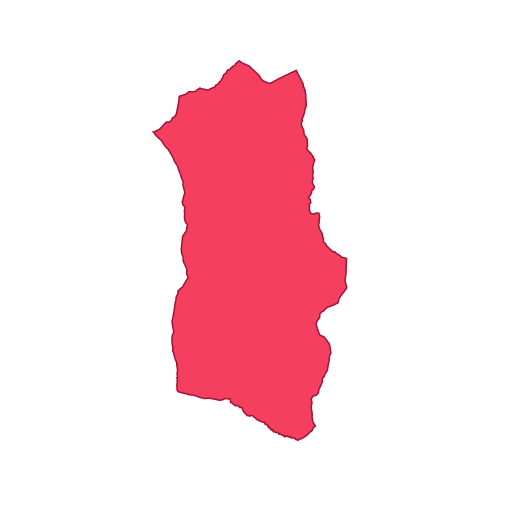 outline of Sadova, Suceava, Romania, rotated 233°
{"feature_id": "2599482B46935442887151", "entity_name": "Sadova", "entity_type": "district", "adm_level": 2, "iso_a3": "ROU", "parent_name": "Romania", "parent_adm1": "Suceava", "projection": "natural_earth1", "projection_center": [25.431, 47.58], "detail": "fine", "context": "isolated", "style": "filled", "palette": "rose", "viewbox_px": 512, "rotation_deg": 233, "n_neighbors": 0, "source": "geoboundaries", "source_scale": "gbopen_adm2", "svg_char_len": 6090}
<svg xmlns="http://www.w3.org/2000/svg" viewBox="0 0 512 512"><g transform="rotate(233 256 256)"><path d="M416.9,248.7L415.5,249.0L415.0,248.7L414.1,248.6L413.1,248.6L404.4,250.0L402.0,249.6L398.9,249.5L395.8,249.7L394.4,250.1L386.1,249.2L383.5,248.7L380.5,247.8L375.3,247.5L370.8,245.9L368.7,245.4L365.6,244.4L363.6,243.5L359.7,242.7L357.6,241.3L356.5,240.2L349.6,237.5L345.6,232.2L344.1,231.0L344.1,230.0L341.7,228.7L340.2,228.4L338.5,228.6L337.1,228.0L335.8,227.0L335.3,225.9L333.3,224.9L331.5,223.5L329.3,221.6L325.5,220.0L322.2,220.0L321.5,219.5L320.6,218.0L318.2,215.9L316.0,209.6L313.4,206.9L306.3,200.3L302.4,198.0L299.4,197.3L295.3,194.6L286.7,192.8L284.5,190.6L283.0,189.7L280.0,189.0L279.0,187.8L278.8,186.6L276.9,181.7L275.8,179.9L275.5,178.4L275.2,173.0L274.5,172.2L273.0,171.2L271.3,167.5L268.7,165.4L268.0,164.1L261.3,157.4L256.9,152.7L254.9,150.1L253.0,148.8L251.0,147.7L245.1,144.8L244.2,143.9L243.6,142.3L242.6,140.9L238.1,137.2L234.9,135.4L232.5,134.3L230.2,132.2L228.6,132.0L221.7,129.2L218.8,128.6L216.3,126.9L213.4,125.5L211.8,124.4L208.8,121.5L207.4,121.3L206.6,120.5L206.5,119.4L205.5,119.3L204.5,118.9L204.3,118.2L201.7,116.4L200.9,115.4L199.1,114.1L196.2,112.2L194.5,112.2L192.3,113.7L190.0,115.7L189.0,116.3L188.5,117.1L187.9,117.6L186.7,118.1L185.1,119.5L183.2,121.6L181.6,123.0L177.5,125.7L176.9,126.0L173.4,128.9L172.8,129.5L171.2,132.5L165.6,137.7L163.8,139.0L162.2,140.9L161.8,141.7L161.4,142.8L161.0,143.4L161.1,144.1L160.8,144.7L160.5,145.9L158.5,147.8L157.5,149.5L154.3,147.5L153.8,148.1L153.1,148.2L152.8,148.5L150.6,148.7L150.0,149.2L149.0,149.3L148.9,149.7L148.2,150.1L148.0,150.4L147.7,151.4L147.1,151.7L145.9,151.7L145.2,152.3L144.9,152.1L144.9,151.9L144.6,151.9L144.2,152.7L143.8,153.0L143.5,153.4L141.6,153.1L141.1,152.8L140.4,152.6L138.0,152.3L137.5,152.5L136.1,152.7L135.7,153.0L135.1,152.9L134.5,153.0L133.9,152.8L133.5,153.6L132.6,154.0L132.0,154.6L131.3,156.4L130.4,157.2L129.9,157.4L128.8,157.3L127.0,158.1L126.2,158.0L125.0,158.2L124.3,158.8L123.8,158.8L123.2,159.3L122.3,159.5L121.3,160.2L120.8,160.4L120.1,161.0L119.5,161.2L119.3,161.7L118.8,161.9L118.4,162.6L117.9,162.7L117.4,162.4L116.9,162.5L116.5,162.1L116.3,162.0L115.4,162.3L115.1,163.1L114.3,163.2L113.7,163.5L113.2,163.1L112.4,162.8L112.2,162.9L112.3,163.4L111.6,163.2L111.2,162.9L110.9,163.0L110.8,163.6L110.3,163.5L109.5,163.7L108.8,163.4L108.6,163.6L108.0,163.4L107.8,163.6L107.9,164.1L106.9,164.1L106.8,164.6L106.9,164.9L106.6,165.1L106.4,165.0L106.0,164.3L105.1,164.2L104.7,164.5L104.6,165.0L104.3,165.3L103.4,165.3L102.8,165.8L102.6,166.0L102.4,166.5L102.1,166.8L101.9,167.3L101.7,167.5L101.3,167.5L100.5,167.1L99.9,167.2L99.6,167.4L99.5,167.9L99.1,168.0L98.7,168.4L97.8,168.9L96.5,169.3L96.4,169.8L95.8,169.9L95.6,170.0L95.5,170.4L95.2,170.4L94.7,170.0L94.4,170.0L94.1,170.4L94.4,171.1L94.4,171.5L93.7,171.9L93.6,172.8L93.2,173.0L92.8,172.9L92.4,172.7L92.1,172.8L91.9,173.5L91.0,174.0L91.0,174.6L90.9,174.8L89.8,174.6L89.5,174.6L89.5,175.3L88.3,176.0L87.6,177.4L87.3,177.5L86.6,177.2L85.7,177.2L85.3,177.7L84.0,178.3L83.4,178.8L83.6,179.5L83.5,180.6L82.8,182.2L82.8,183.2L82.4,184.2L82.3,189.6L82.9,192.9L82.7,194.6L82.9,196.1L83.7,197.0L84.4,198.5L84.5,201.2L88.1,201.4L89.9,201.8L92.5,203.4L93.8,203.9L94.2,204.2L94.6,204.8L98.4,207.2L100.9,208.3L103.1,210.1L105.0,212.2L105.9,212.9L108.2,213.7L108.6,214.2L109.8,217.1L108.5,220.7L109.1,223.4L111.7,226.1L114.0,230.8L116.0,233.6L118.2,235.3L118.6,237.6L120.4,240.4L121.6,243.9L130.0,253.0L131.1,253.7L132.1,254.6L132.9,256.6L133.7,257.6L141.3,261.6L149.9,261.8L154.9,259.3L165.4,262.9L166.3,263.8L167.1,265.3L167.3,266.0L167.7,267.1L168.3,269.4L168.6,269.9L170.3,271.2L171.4,272.5L171.8,274.6L171.4,276.7L171.8,278.7L172.0,281.2L171.9,283.0L171.0,285.1L170.4,287.6L169.2,293.3L171.8,296.4L173.3,300.2L175.0,306.7L176.1,309.5L182.9,312.3L188.0,317.5L194.5,322.6L199.5,326.8L203.7,323.6L206.8,323.1L208.3,322.2L209.6,321.8L212.2,321.4L212.4,320.4L213.9,319.8L216.9,319.2L221.3,318.6L224.6,318.9L226.0,318.4L226.9,318.6L228.2,319.6L234.1,322.3L235.5,322.6L236.8,322.6L238.1,323.0L239.6,323.0L240.0,323.1L243.8,325.2L244.8,326.9L246.0,327.6L246.2,328.0L246.7,328.3L247.1,328.3L247.3,328.4L248.6,330.2L252.3,332.0L254.2,329.8L254.4,328.5L255.1,327.0L256.1,325.9L256.9,325.6L257.8,325.5L261.4,326.6L261.7,327.1L263.5,328.8L265.3,329.2L265.5,331.6L266.5,332.4L268.9,333.4L270.3,333.0L271.4,333.3L271.4,335.0L272.2,336.8L273.3,338.7L274.8,340.1L274.6,342.0L276.1,344.4L278.8,344.6L280.6,345.0L281.7,346.0L283.1,347.7L283.2,348.1L286.4,349.7L288.5,352.0L290.7,353.6L292.4,354.1L294.3,356.5L295.6,358.2L296.5,359.0L297.3,360.8L299.9,360.8L300.9,361.5L303.1,361.4L305.6,361.6L307.4,361.2L310.7,360.9L311.6,361.7L313.2,363.7L314.5,364.6L317.0,366.1L318.1,366.9L319.5,367.5L322.4,367.4L323.7,367.5L325.3,368.2L327.5,369.7L329.2,370.1L331.0,370.4L333.3,371.1L335.4,372.5L335.5,373.5L336.1,374.5L337.1,374.8L337.6,375.1L338.2,376.0L338.7,377.2L340.3,379.4L341.0,380.6L343.1,382.7L344.8,385.2L345.1,385.5L345.9,386.7L356.0,393.5L356.4,393.5L357.7,394.0L358.3,394.4L358.6,394.9L360.5,395.3L362.1,395.9L362.7,395.4L363.6,396.4L365.2,397.2L380.1,399.8L383.3,383.6L383.4,382.7L383.9,381.1L384.3,377.6L384.8,374.1L385.7,370.4L391.1,367.4L394.4,366.5L396.8,367.0L399.0,367.1L407.6,365.5L411.7,364.9L418.2,361.3L421.9,360.1L421.9,359.3L422.1,359.3L422.0,358.3L421.6,357.1L421.9,356.1L422.0,355.7L421.1,354.7L421.0,354.2L421.3,352.9L421.3,351.1L421.4,349.7L421.1,348.7L420.8,348.2L420.6,347.6L421.0,346.6L421.5,345.8L421.6,345.4L421.3,344.4L420.2,342.4L420.1,340.9L420.1,339.5L420.0,338.7L419.7,338.2L418.9,337.7L417.5,334.0L416.9,332.8L417.0,331.7L416.8,330.8L416.2,329.3L416.2,328.2L416.6,326.6L416.4,326.1L415.9,325.5L415.8,324.1L416.6,322.2L416.6,321.4L416.9,320.5L417.1,319.2L417.2,318.2L417.5,317.3L420.3,315.1L421.9,313.4L423.9,312.3L424.1,310.1L424.0,306.7L425.1,304.4L427.5,301.4L427.5,297.1L429.7,290.9L424.4,285.7L417.8,278.4L417.2,277.3L416.2,274.7L416.6,272.3L415.6,271.0L415.0,267.6L416.9,265.2L416.6,262.1L416.0,259.7L415.3,255.1L416.3,250.1L416.1,249.9L416.9,248.7Z" fill="#f43f5e" stroke="#9f1239" stroke-width="1.5"/></g></svg>